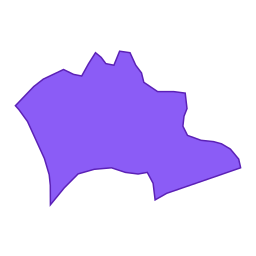 map outline of Prizren (orthographic projection)
{"feature_id": "KOS-5908", "entity_name": "Prizren", "entity_type": "District", "adm_level": 1, "iso_a3": "XKX", "parent_name": "Kosovo", "parent_adm1": "", "projection": "orthographic", "projection_center": [20.721, 42.201], "detail": "fine", "context": "isolated", "style": "filled", "palette": "violet", "viewbox_px": 256, "rotation_deg": 0, "n_neighbors": 0, "source": "natural_earth", "source_scale": "10m", "svg_char_len": 672}
<svg xmlns="http://www.w3.org/2000/svg" viewBox="0 0 256 256"><path d="M50.4,204.8L50.3,185.4L49.2,174.7L44.4,158.5L27.5,121.5L18.9,109.6L15.4,105.7L33.8,86.5L43.3,79.1L63.5,69.5L73.6,74.4L81.7,76.0L88.6,63.6L95.5,52.7L101.2,57.4L105.8,63.6L113.9,65.2L119.6,51.2L130.0,52.7L135.7,65.2L141.5,72.9L143.8,82.3L157.6,91.6L173.7,91.6L185.2,93.1L187.0,108.6L184.0,116.2L182.9,126.2L187.5,135.4L201.0,140.3L213.5,141.6L221.5,143.8L230.4,149.1L238.7,159.1L240.6,167.6L240.6,167.8L208.8,178.8L166.7,193.3L155.1,199.9L153.1,183.3L147.3,172.4L138.1,174.0L125.4,172.4L111.5,167.8L94.2,169.3L78.1,173.9L64.2,187.9L50.4,204.8Z" fill="#8b5cf6" stroke="#5b21b6" stroke-width="1.5"/></svg>